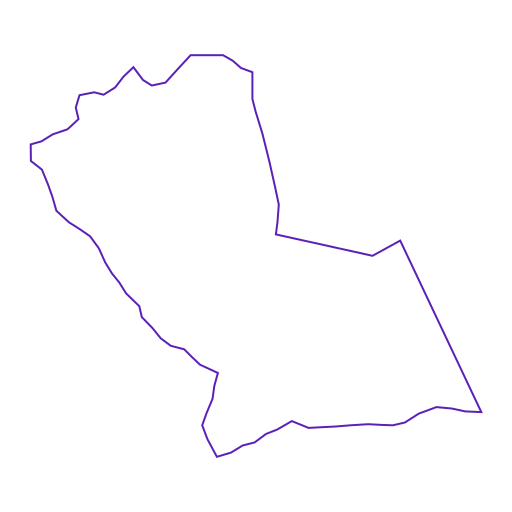 outline of Capim, Paraíba, Brazil
{"feature_id": "56859067B86894416184163", "entity_name": "Capim", "entity_type": "district", "adm_level": 2, "iso_a3": "BRA", "parent_name": "Brazil", "parent_adm1": "Paraíba", "projection": "natural_earth1", "projection_center": [-35.178, -6.899], "detail": "fine", "context": "isolated", "style": "outline", "palette": "violet", "viewbox_px": 512, "rotation_deg": 0, "n_neighbors": 0, "source": "geoboundaries", "source_scale": "gbopen_adm2", "svg_char_len": 1052}
<svg xmlns="http://www.w3.org/2000/svg" viewBox="0 0 512 512"><path d="M252.4,72.2L241.0,68.0L232.6,60.6L223.0,55.2L207.5,55.2L190.6,55.2L178.1,68.7L165.5,82.6L151.8,85.5L143.0,80.0L133.4,67.2L123.6,76.5L115.2,87.4L103.6,94.7L94.2,92.3L79.5,95.2L75.8,107.5L78.5,119.1L67.5,129.3L52.8,134.3L41.3,141.4L30.7,144.4L30.9,161.0L41.9,169.6L48.1,184.7L52.4,196.8L56.4,210.8L69.1,222.4L79.5,229.0L90.1,236.3L98.9,248.4L105.2,262.4L112.0,273.5L119.3,282.5L126.1,293.4L139.3,306.2L141.8,317.1L152.4,328.0L160.8,338.4L170.8,345.8L184.2,349.3L191.6,356.7L200.0,364.7L217.9,373.0L214.3,386.0L212.6,398.6L206.5,413.3L202.2,425.3L207.5,439.3L216.9,456.8L231.0,452.6L242.6,445.5L254.7,442.4L266.1,433.9L277.1,429.6L291.8,421.1L308.6,427.9L321.6,427.2L335.7,426.5L350.4,425.3L368.2,424.2L381.5,424.9L392.9,425.3L404.9,422.5L418.6,413.7L436.4,407.1L451.7,408.5L465.2,411.4L481.3,412.1L400.2,240.6L372.5,255.8L275.9,234.4L277.5,221.9L278.8,204.6L275.1,187.1L269.4,161.7L262.4,133.6L255.7,111.8L252.4,99.0L252.4,72.2Z" fill="none" stroke="#5b21b6" stroke-width="2"/></svg>